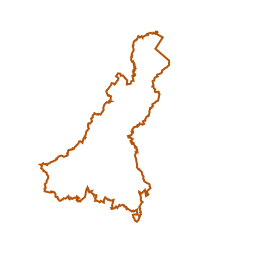 outline of San Benito Abad, Sucre, Colombia, rotated 211°
{"feature_id": "7082276B25365830428844", "entity_name": "San Benito Abad", "entity_type": "district", "adm_level": 2, "iso_a3": "COL", "parent_name": "Colombia", "parent_adm1": "Sucre", "projection": "robinson", "projection_center": [-74.976, 8.778], "detail": "fine", "context": "isolated", "style": "outline", "palette": "amber", "viewbox_px": 256, "rotation_deg": 211, "n_neighbors": 0, "source": "geoboundaries", "source_scale": "gbopen_adm2", "svg_char_len": 5829}
<svg xmlns="http://www.w3.org/2000/svg" viewBox="0 0 256 256"><g transform="rotate(211 128 128)"><path d="M166.7,30.9L161.8,32.4L160.6,33.2L161.2,33.9L160.5,34.4L159.2,34.4L159.2,34.7L157.8,35.0L156.1,34.1L154.9,31.8L154.0,31.7L153.0,32.6L152.5,32.3L151.8,31.2L151.2,31.3L150.3,30.7L149.1,30.4L148.2,31.1L147.8,32.6L147.1,33.0L147.3,33.9L147.0,34.6L145.1,35.3L144.0,39.0L143.4,38.6L143.3,37.6L142.9,37.3L142.4,37.0L141.9,37.5L141.2,37.1L141.0,38.8L139.9,38.4L139.0,38.7L139.0,39.3L138.1,40.6L136.5,41.4L136.7,43.1L133.9,42.7L134.9,41.2L134.6,40.6L135.1,40.3L134.8,39.6L133.0,40.3L132.9,39.5L131.0,40.6L131.2,41.5L129.3,46.8L131.7,53.1L132.0,55.6L131.5,55.0L131.0,55.8L130.1,55.0L130.7,54.4L130.2,54.4L129.3,53.5L129.0,53.8L128.6,53.6L128.0,52.9L127.1,53.7L127.4,54.4L126.5,55.4L126.4,53.8L123.8,53.2L123.5,53.5L122.3,52.4L121.7,53.3L120.5,54.1L119.8,52.8L119.6,51.0L120.1,50.8L119.0,50.0L118.7,48.6L116.9,49.8L114.0,49.8L113.8,51.6L110.3,51.6L111.5,53.9L112.0,57.6L111.5,56.8L109.9,56.3L108.7,56.5L108.1,56.1L107.9,56.3L108.3,56.6L106.7,57.0L106.1,56.6L104.5,57.5L103.4,58.9L101.7,53.3L100.4,52.0L101.3,50.8L100.3,50.2L98.1,52.3L97.9,54.5L95.9,53.9L95.8,57.6L94.6,57.3L93.0,59.5L91.6,59.7L91.0,58.8L90.0,59.3L89.2,58.8L88.6,59.4L88.1,59.1L87.9,58.2L87.3,57.8L87.1,58.6L84.3,58.6L83.3,58.3L82.1,59.0L81.5,58.6L80.8,59.9L80.0,59.5L78.3,62.6L77.2,60.7L75.3,59.1L76.1,58.1L77.6,57.5L79.1,56.0L77.9,55.0L77.5,54.3L75.7,53.5L74.7,52.5L73.6,52.2L72.8,52.5L72.1,52.3L71.7,53.9L71.7,55.3L72.2,55.8L72.1,58.0L73.3,58.3L72.3,60.5L74.1,61.9L73.7,62.6L76.6,64.8L76.3,65.5L77.5,65.8L77.8,66.5L77.5,67.5L77.9,69.6L77.4,72.1L79.3,72.2L80.4,73.5L80.9,74.8L82.5,76.5L85.2,78.4L85.6,79.1L82.6,78.9L81.6,83.6L77.4,79.0L76.3,81.4L79.3,83.2L77.8,88.1L79.3,89.0L79.4,89.5L80.7,90.8L82.7,90.8L83.4,90.5L86.9,90.8L87.0,91.3L87.8,92.0L88.8,92.2L89.8,94.6L91.3,95.0L93.5,97.4L97.7,98.1L97.6,98.3L98.2,98.2L100.0,98.9L101.4,101.3L104.2,104.4L104.9,105.5L107.7,107.7L108.2,109.1L108.2,110.7L108.8,111.2L108.4,111.3L108.2,112.0L107.4,112.1L108.5,113.5L108.7,113.1L109.4,113.5L110.7,115.9L111.1,115.9L111.9,114.9L112.8,116.3L114.7,116.8L115.3,118.0L116.0,117.8L117.3,118.3L117.0,117.1L116.4,117.0L116.2,116.6L116.4,116.4L119.2,118.1L118.3,121.0L118.5,121.2L118.9,120.9L120.5,120.9L122.7,120.1L123.9,121.1L122.8,122.3L122.6,122.1L122.0,122.5L121.4,123.9L121.7,125.0L121.3,126.9L121.7,127.3L122.6,126.6L123.2,126.8L123.0,128.6L123.5,129.0L123.6,129.6L123.3,130.5L123.4,131.7L122.6,132.3L121.8,133.5L120.9,133.7L121.5,135.1L120.7,136.4L120.1,135.9L120.2,138.0L117.3,138.3L117.3,138.5L116.3,139.8L118.7,141.4L118.0,142.5L116.9,143.1L117.0,143.6L117.5,143.7L117.7,144.4L117.9,147.4L116.8,148.3L117.0,149.3L116.6,149.4L117.6,152.5L118.3,153.2L118.8,155.6L119.5,156.4L119.3,156.8L118.2,157.3L118.3,158.3L117.9,159.3L117.9,159.7L119.1,160.3L119.4,161.2L117.9,163.2L118.0,164.5L116.3,166.9L118.5,173.4L119.5,173.6L119.5,173.9L120.5,174.9L123.0,172.8L123.8,173.1L124.2,173.7L124.6,175.2L126.0,175.2L127.6,176.6L128.5,176.1L128.6,176.9L128.2,177.8L131.1,180.8L131.0,181.2L130.0,182.1L130.9,184.1L130.8,185.3L129.3,187.2L129.7,187.2L130.4,188.3L130.4,188.9L129.3,189.9L127.8,192.1L127.6,193.5L128.3,194.6L128.3,195.3L127.4,197.0L127.0,198.7L125.9,199.9L125.9,201.1L125.3,202.4L125.3,203.2L126.5,205.0L126.7,206.0L127.7,207.0L145.3,210.0L144.9,223.6L152.0,223.3L151.9,224.9L152.4,225.6L153.8,224.9L153.0,222.9L155.2,222.7L155.0,222.1L155.2,221.6L157.7,221.3L159.6,218.9L158.9,218.9L158.8,217.8L160.4,216.8L162.2,213.5L162.0,213.0L163.5,213.8L163.8,213.2L163.6,212.7L164.4,211.7L165.5,212.1L165.8,211.7L166.4,212.1L166.6,211.8L166.1,211.4L166.2,209.2L165.9,208.9L166.2,207.7L166.4,207.9L166.8,207.3L167.5,205.1L166.3,201.9L165.9,201.7L166.2,200.7L163.2,197.8L163.0,193.9L162.6,192.9L161.8,192.5L161.3,191.0L161.9,190.8L160.4,188.0L158.6,186.8L158.2,186.9L158.0,187.8L155.6,186.3L156.1,185.8L154.6,184.3L154.3,184.7L153.5,184.2L153.8,183.2L152.1,182.8L152.5,181.9L152.4,181.2L153.2,181.0L152.9,179.5L151.9,180.0L151.8,178.8L152.0,178.9L152.1,178.2L151.3,177.5L149.4,177.6L149.1,176.9L149.5,175.7L150.1,175.3L150.7,175.7L151.2,175.0L147.6,171.4L148.4,171.0L149.2,169.7L148.5,167.4L151.4,164.7L153.2,168.4L153.6,168.6L156.1,169.1L156.1,169.4L158.3,169.9L158.9,170.4L159.1,170.1L160.2,170.0L161.1,169.1L162.5,170.6L164.7,169.7L164.9,166.2L161.8,165.9L161.3,163.8L161.6,163.2L161.6,159.6L161.9,159.6L162.1,158.3L163.2,158.7L165.1,158.1L164.7,155.3L165.6,148.3L162.2,145.6L161.5,146.2L161.2,145.6L159.0,146.4L157.6,143.5L157.9,141.7L156.1,142.2L156.9,141.3L157.0,140.3L157.3,139.8L159.6,139.1L160.3,136.0L159.5,132.3L158.5,131.5L158.2,130.8L158.5,125.3L160.1,125.1L160.8,124.7L160.5,124.1L161.7,123.5L164.4,123.4L164.1,122.5L164.7,120.4L163.6,118.8L164.3,117.7L164.4,116.9L162.3,115.2L162.8,112.9L162.7,112.3L163.1,112.0L164.0,111.9L164.3,111.4L164.2,110.6L163.4,109.7L163.3,108.9L162.8,108.8L162.5,108.0L161.2,107.3L161.9,103.5L160.7,100.0L160.6,99.1L160.8,98.7L160.0,98.3L160.3,97.7L159.5,97.8L159.5,96.8L160.4,96.6L160.6,96.1L160.6,95.1L160.0,94.3L159.9,93.0L159.4,91.8L162.1,92.1L163.0,91.3L162.6,90.0L162.7,88.0L163.3,86.8L163.3,85.3L163.9,84.4L163.6,82.3L163.8,82.0L165.0,82.0L164.9,80.5L165.8,80.2L166.4,79.0L167.6,78.5L167.6,77.5L166.8,76.2L167.1,74.7L166.2,74.6L165.6,74.0L166.2,72.5L168.3,70.2L169.8,70.3L171.2,69.8L172.9,67.6L172.9,66.4L173.7,64.9L172.9,64.6L173.7,62.6L174.3,62.2L175.3,60.3L176.7,58.9L177.0,57.4L178.2,56.2L178.1,54.6L178.8,54.4L179.8,55.0L180.4,54.2L181.9,53.8L182.5,54.1L183.2,52.2L184.3,51.4L182.2,51.2L181.7,48.7L180.2,48.7L179.0,48.3L178.4,47.6L177.9,48.1L175.9,47.6L174.9,47.9L174.5,47.6L173.7,46.3L172.0,45.8L170.8,44.5L170.8,43.8L170.5,43.1L170.6,41.1L169.7,39.2L170.4,37.0L168.0,34.7L167.8,34.2L168.3,34.1L168.3,33.6L168.0,33.6L168.0,32.9L167.8,32.9L167.5,31.9L166.7,31.3L166.7,30.9Z" fill="none" stroke="#b45309" stroke-width="2"/></g></svg>